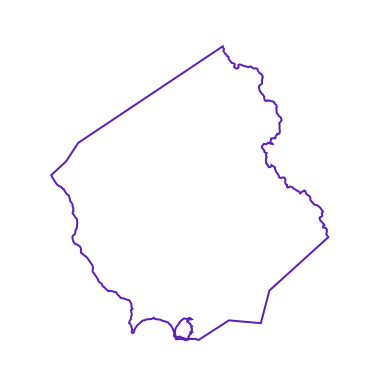 Rigo District, Central, Papua New Guinea, rotated 9°
{"feature_id": "67681753B71555956304677", "entity_name": "Rigo District", "entity_type": "district", "adm_level": 2, "iso_a3": "PNG", "parent_name": "Papua New Guinea", "parent_adm1": "Central", "projection": "albers", "projection_center": [147.903, -9.673], "detail": "fine", "context": "isolated", "style": "outline", "palette": "violet", "viewbox_px": 384, "rotation_deg": 9, "n_neighbors": 0, "source": "geoboundaries", "source_scale": "gbopen_adm2", "svg_char_len": 6018}
<svg xmlns="http://www.w3.org/2000/svg" viewBox="0 0 384 384"><g transform="rotate(9 192 192)"><path d="M333.7,215.3L332.8,214.2L331.5,213.1L331.1,212.5L331.5,210.2L331.1,209.4L331.3,208.1L330.3,207.3L329.7,206.5L327.1,206.5L326.8,205.2L328.0,204.1L327.9,203.8L327.1,203.0L326.3,202.7L325.8,202.1L325.6,201.6L323.7,200.6L322.8,199.4L322.6,198.8L322.0,197.8L322.6,196.7L323.3,196.4L324.5,195.1L324.1,194.1L324.1,193.7L323.6,192.9L324.4,191.0L324.3,190.5L323.7,190.4L321.1,187.4L319.9,186.8L318.7,185.9L317.8,185.6L314.8,185.3L314.3,184.7L313.5,184.3L313.0,183.6L312.1,183.3L311.1,182.1L310.5,181.7L309.9,180.5L309.7,178.7L309.0,178.2L308.6,177.6L306.3,176.7L305.8,176.6L305.0,176.0L303.9,173.6L303.1,173.2L302.6,173.0L302.1,173.8L301.3,174.0L299.5,175.7L299.3,176.5L299.0,176.4L298.1,175.3L296.2,174.2L295.3,174.3L294.7,173.8L293.1,173.1L291.6,172.6L290.6,171.6L287.9,171.3L287.4,171.9L285.9,172.6L285.6,172.6L284.9,171.6L284.7,170.0L284.0,170.0L283.6,169.8L282.7,168.5L282.4,167.2L282.3,164.7L280.9,163.4L280.5,163.3L279.1,163.5L277.1,164.4L275.6,163.6L275.3,162.7L274.0,160.8L273.4,160.1L272.0,159.1L271.6,158.5L271.4,157.8L270.3,156.1L270.2,155.1L269.8,154.5L269.2,154.1L268.3,154.0L266.3,153.0L266.1,154.4L265.4,155.1L263.9,155.5L262.8,153.8L262.2,153.6L261.7,152.8L261.7,152.4L261.3,152.1L260.6,151.8L260.5,150.7L260.1,149.7L259.9,148.4L260.1,147.6L259.8,146.9L259.9,146.4L260.2,146.2L260.2,145.4L259.7,144.9L259.3,144.2L259.6,141.9L258.9,141.9L257.4,141.3L257.1,140.7L256.8,139.5L254.5,137.6L254.1,136.9L254.0,136.3L254.2,135.3L255.5,133.2L257.8,133.3L258.2,132.5L259.4,131.9L259.4,131.7L264.1,132.0L263.9,131.6L263.2,131.2L262.2,131.3L261.8,131.0L261.4,129.8L262.0,128.4L261.7,127.1L261.9,126.7L262.7,126.7L264.2,125.9L265.6,126.0L266.0,125.2L265.8,124.2L266.2,123.3L266.8,122.7L266.9,121.3L268.5,121.1L268.8,120.8L269.0,120.0L269.4,119.6L269.0,117.0L268.5,115.7L268.2,114.1L268.3,112.9L267.5,110.8L267.5,110.4L269.2,107.4L269.0,106.2L267.7,104.2L266.5,103.8L265.9,103.4L264.9,102.0L263.7,101.2L263.3,100.7L262.2,96.1L262.1,95.5L262.4,95.0L262.4,94.5L261.6,92.8L259.9,91.7L259.2,90.5L257.2,89.9L255.2,89.9L253.9,89.6L253.1,89.6L252.0,89.8L251.8,90.4L249.8,90.2L249.4,89.9L249.1,88.9L248.6,88.1L248.2,86.3L247.0,85.0L245.0,83.4L243.0,81.3L242.0,79.0L241.6,77.2L242.2,76.1L244.1,74.1L244.2,73.5L243.6,70.7L243.7,68.7L244.0,67.4L243.4,66.1L241.8,64.6L239.8,63.8L239.1,63.0L237.8,61.3L237.3,60.3L236.8,60.0L236.1,59.8L235.7,59.8L234.3,60.3L233.7,60.3L232.2,59.9L230.5,58.8L229.7,59.0L228.6,59.7L228.0,59.8L227.1,59.8L225.5,59.4L224.0,59.5L220.1,58.6L218.6,58.8L218.1,59.1L217.8,59.6L218.3,60.9L218.5,61.6L217.9,62.5L216.6,63.2L215.9,63.0L215.2,62.5L214.2,62.2L213.9,61.4L214.4,59.8L214.0,58.8L212.8,58.4L211.1,58.3L210.7,58.1L209.9,57.1L209.0,56.5L207.3,54.6L207.0,52.9L206.1,52.4L205.5,52.3L205.4,51.9L205.0,51.4L202.9,50.1L201.1,47.9L201.0,47.3L201.2,45.6L199.6,44.0L199.5,43.4L72.0,161.2L62.8,181.5L50.3,197.4L51.1,198.3L52.2,200.0L57.4,205.7L59.3,206.7L61.3,207.4L61.9,207.4L64.0,209.2L64.9,209.3L65.3,209.7L66.0,211.0L68.9,213.8L70.7,214.5L71.2,215.2L71.7,216.6L72.4,217.8L73.2,220.1L73.9,220.9L74.6,221.3L75.9,222.9L76.1,223.4L76.2,224.7L77.4,226.6L77.4,228.5L77.9,229.2L77.7,230.2L77.3,230.7L77.3,231.5L77.7,232.0L79.5,233.8L80.1,234.8L80.8,235.4L82.2,236.4L82.7,237.2L83.0,238.4L83.4,239.4L83.6,242.7L83.8,243.5L83.8,245.9L83.0,247.6L82.9,248.1L83.1,249.7L83.1,251.0L82.9,251.8L81.3,253.7L80.9,255.0L81.0,256.0L82.6,259.6L84.1,261.2L84.9,261.6L86.7,261.8L87.4,262.2L88.5,262.6L89.8,263.4L90.9,264.8L91.3,265.8L91.5,266.4L91.7,269.0L91.9,269.5L92.8,269.7L93.8,270.6L94.6,270.8L95.7,271.7L97.0,272.1L98.9,273.5L105.0,279.9L106.0,281.9L106.0,284.7L106.5,286.3L106.9,286.9L109.5,289.2L111.0,291.1L112.6,292.7L113.1,293.5L113.2,294.1L114.6,295.5L116.4,296.4L117.3,297.0L118.0,297.9L118.2,298.5L118.7,299.1L119.6,299.6L120.0,299.6L121.0,300.3L121.6,300.9L125.0,303.0L125.5,303.0L126.5,302.3L130.0,302.6L130.6,302.8L132.3,302.8L132.9,303.2L135.0,305.4L136.3,306.0L137.6,307.4L138.6,307.9L141.0,307.7L141.9,308.2L143.5,308.2L144.7,308.6L146.9,308.7L147.8,309.5L149.5,312.0L150.1,313.9L150.1,314.7L150.5,315.6L151.4,316.5L151.5,316.9L151.1,317.2L150.8,317.2L150.2,318.0L150.2,318.4L150.8,319.6L151.7,322.6L151.7,323.4L151.3,324.4L151.1,325.2L151.6,326.6L150.7,328.9L150.3,331.2L150.6,331.5L151.0,331.5L151.9,332.2L152.2,333.0L152.8,333.7L153.3,334.9L154.0,336.1L154.2,336.9L154.5,337.3L154.5,338.1L154.2,338.9L154.2,339.4L154.7,340.4L155.2,340.6L155.7,340.6L156.3,340.0L156.7,338.3L156.7,337.5L157.3,335.4L158.7,332.3L161.8,328.6L162.6,327.5L163.4,326.8L165.2,326.1L166.0,325.5L166.5,325.4L168.2,324.5L170.4,324.2L172.0,323.7L173.0,323.0L173.7,322.1L174.8,322.7L175.1,323.1L177.6,323.3L178.6,323.1L180.8,323.1L183.3,323.9L185.7,324.0L187.3,324.5L188.6,324.5L190.0,325.8L191.7,326.8L194.2,329.7L196.3,333.5L196.7,334.9L196.6,337.0L197.0,337.5L197.7,337.6L198.2,337.1L198.2,336.3L197.4,334.4L197.4,333.9L197.2,333.5L197.0,330.0L197.9,327.3L199.8,323.9L200.2,322.5L201.0,321.3L203.2,318.7L204.9,318.0L207.3,318.3L208.7,317.0L209.1,316.8L210.2,316.9L211.6,317.7L210.0,318.3L209.1,318.3L208.4,318.9L208.3,319.3L207.4,320.2L207.4,320.6L208.0,321.1L208.9,321.2L209.9,322.1L210.6,322.3L211.0,322.7L211.0,323.0L211.7,323.6L212.0,324.3L212.3,324.6L212.8,324.4L213.1,324.8L212.6,325.5L212.6,326.3L213.4,327.1L213.5,328.4L213.4,329.3L213.5,329.6L214.1,330.2L212.9,330.4L212.3,330.7L212.3,331.0L212.6,331.4L213.2,331.8L213.2,332.0L212.9,332.2L212.3,332.4L212.1,332.8L211.8,334.5L211.3,335.2L211.3,336.0L211.6,336.4L211.4,336.8L210.7,337.5L209.4,338.3L207.8,337.8L206.5,337.6L205.0,337.6L203.6,337.2L203.0,336.7L202.3,336.7L201.7,337.2L200.5,337.3L199.9,337.7L198.9,339.0L198.9,339.6L199.2,339.8L200.4,339.8L201.3,339.3L202.5,339.3L203.9,338.9L205.3,338.8L207.2,338.8L208.3,339.4L209.1,339.4L211.9,338.0L212.4,337.6L213.1,337.4L216.8,336.9L218.0,336.6L219.4,336.6L220.1,337.0L220.9,337.2L221.6,336.8L222.2,336.8L222.2,336.6L248.6,313.0L280.5,310.8L283.9,277.2L333.7,215.3Z" fill="none" stroke="#5b21b6" stroke-width="2"/></g></svg>